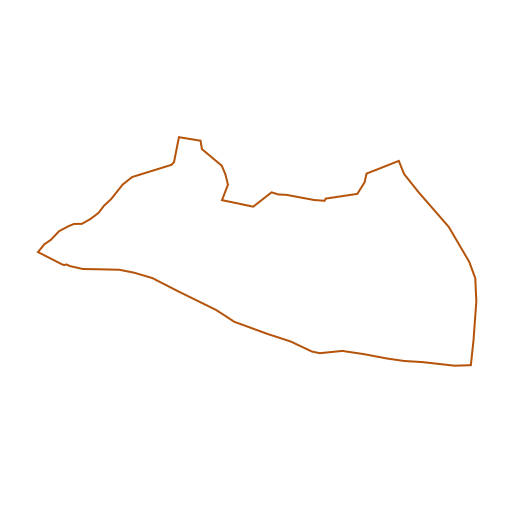 the district of Agatu, Benue, Nigeria, rotated 176°
{"feature_id": "59680162B61995403132351", "entity_name": "Agatu", "entity_type": "district", "adm_level": 2, "iso_a3": "NGA", "parent_name": "Nigeria", "parent_adm1": "Benue", "projection": "albers", "projection_center": [7.948, 7.859], "detail": "fine", "context": "isolated", "style": "outline", "palette": "amber", "viewbox_px": 512, "rotation_deg": 176, "n_neighbors": 0, "source": "geoboundaries", "source_scale": "gbopen_adm2", "svg_char_len": 1041}
<svg xmlns="http://www.w3.org/2000/svg" viewBox="0 0 512 512"><g transform="rotate(176 256 256)"><path d="M106.9,340.9L140.0,330.5L142.5,322.0L150.6,310.9L182.5,308.4L183.7,306.3L194.1,307.8L219.9,314.5L221.5,314.9L229.3,315.8L236.0,318.4L255.4,305.4L286.0,314.1L279.0,329.1L280.9,339.9L283.9,348.5L302.5,366.4L303.3,374.9L324.6,379.9L331.2,355.5L333.8,352.9L374.1,343.4L384.1,336.5L396.5,322.9L404.2,316.7L410.1,310.0L418.7,304.4L427.5,300.2L435.3,300.7L441.0,298.8L450.7,294.5L459.7,286.3L466.3,282.5L473.2,275.1L454.1,263.6L449.7,261.0L447.9,260.3L445.7,260.8L442.0,258.8L429.6,255.1L413.4,253.7L393.3,251.8L378.6,247.8L360.7,241.1L359.4,240.3L354.2,237.1L335.8,226.0L299.5,204.9L288.2,196.4L282.3,191.9L250.1,177.5L227.4,168.3L219.4,163.8L206.9,156.8L199.2,154.6L176.5,155.3L154.9,150.5L132.5,144.6L115.3,140.9L97.7,138.6L89.4,137.1L65.5,132.7L49.3,132.1L46.1,150.0L44.8,157.3L41.0,184.1L39.4,195.1L38.8,218.4L43.6,235.1L61.8,271.8L62.3,272.4L89.6,308.6L102.6,327.5L106.9,340.9Z" fill="none" stroke="#b45309" stroke-width="2"/></g></svg>